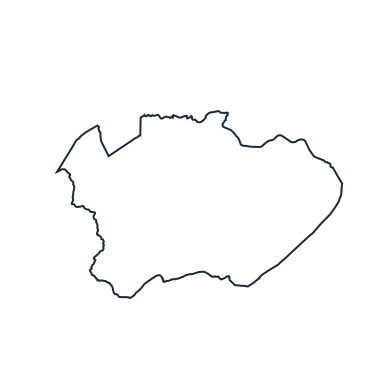 Honey, Puebla, Mexico, rotated 235°
{"feature_id": "50627088B33032017587256", "entity_name": "Honey", "entity_type": "district", "adm_level": 2, "iso_a3": "MEX", "parent_name": "Mexico", "parent_adm1": "Puebla", "projection": "equal_earth", "projection_center": [-98.229, 20.26], "detail": "fine", "context": "isolated", "style": "outline", "palette": "slate", "viewbox_px": 384, "rotation_deg": 235, "n_neighbors": 0, "source": "geoboundaries", "source_scale": "gbopen_adm2", "svg_char_len": 5969}
<svg xmlns="http://www.w3.org/2000/svg" viewBox="0 0 384 384"><g transform="rotate(235 192 192)"><path d="M135.9,321.4L137.8,320.1L138.8,319.9L139.3,319.3L139.6,318.5L141.9,318.3L149.9,313.0L151.2,312.4L152.5,312.3L156.2,312.3L158.3,312.3L160.2,312.5L166.0,313.5L168.8,313.9L170.3,313.6L171.5,312.8L172.3,311.8L173.1,310.2L173.5,308.9L173.6,308.2L173.7,306.0L174.0,304.6L174.8,303.2L175.8,302.0L185.5,298.3L187.0,297.5L188.1,296.6L188.9,294.7L188.9,294.0L188.9,292.4L188.6,291.8L188.4,290.3L188.3,288.7L188.6,287.1L189.4,285.7L189.7,284.8L190.1,282.3L190.0,280.8L189.4,276.2L189.5,274.8L189.9,273.6L190.7,272.2L193.0,269.4L193.6,268.3L197.4,264.0L198.6,262.9L200.2,260.9L201.0,260.1L202.0,259.5L203.3,259.3L207.3,260.5L208.8,260.7L210.3,260.7L212.6,260.4L216.7,260.1L218.7,259.8L220.1,259.5L222.4,258.2L226.6,255.5L227.5,255.1L228.0,255.0L228.7,255.1L229.3,255.5L229.9,255.7L231.7,260.1L231.7,260.4L231.6,261.1L232.0,261.2L232.4,261.5L233.2,262.3L233.8,262.7L234.1,263.1L234.2,263.5L235.1,266.0L236.0,266.6L236.4,266.6L236.9,266.2L238.4,263.6L240.3,261.2L240.5,261.0L241.9,260.6L243.0,260.2L243.4,259.6L243.5,259.2L245.6,254.4L246.3,253.5L247.0,251.5L247.0,251.0L246.8,248.9L246.3,246.9L245.6,246.5L245.0,245.6L244.2,242.2L244.1,241.5L244.2,240.1L244.4,238.8L244.7,238.2L245.2,237.5L247.0,236.3L248.4,236.4L249.3,236.0L249.7,235.7L250.3,234.5L250.9,234.0L251.3,233.9L252.6,234.4L253.1,234.8L254.2,235.1L254.5,235.1L254.7,234.8L254.4,233.8L254.5,232.0L255.0,230.4L255.8,230.5L257.1,231.3L257.5,231.3L257.7,230.7L257.8,230.3L257.9,230.0L258.4,229.5L258.7,228.9L258.8,228.6L258.7,228.0L258.9,227.1L259.4,225.4L260.6,223.9L262.8,222.9L263.5,222.2L264.9,221.5L265.4,221.1L265.7,220.5L265.7,220.1L265.4,219.9L263.9,219.3L263.8,219.1L263.9,218.9L265.0,218.4L265.4,217.8L265.4,217.5L265.1,217.2L265.1,216.9L265.3,216.5L266.5,216.1L266.7,215.9L266.9,215.4L267.7,214.9L268.4,214.3L268.9,213.3L269.0,212.4L269.3,211.6L269.2,209.8L269.6,209.2L270.2,208.7L271.1,208.6L273.3,208.7L274.9,208.3L275.1,207.9L275.2,206.9L276.1,205.0L276.6,204.1L277.7,203.5L277.7,203.0L277.6,202.2L277.7,201.7L278.3,201.4L278.6,201.0L279.0,200.8L279.8,200.9L280.1,200.7L280.3,200.0L280.4,199.3L280.0,198.4L280.3,197.9L280.8,197.3L281.3,196.9L282.0,196.9L282.3,197.1L282.4,192.6L267.9,182.0L268.4,181.1L268.5,180.6L268.4,179.9L268.2,179.4L268.2,178.8L268.3,177.9L268.6,176.9L269.2,144.3L285.6,146.7L286.7,147.1L289.5,148.6L293.5,151.2L293.9,150.9L294.4,150.8L295.2,150.9L296.3,151.6L296.9,151.6L297.4,151.7L297.8,152.0L298.2,152.4L298.3,152.8L298.9,153.1L300.7,152.6L301.1,147.6L301.4,145.1L301.8,139.2L301.7,134.9L301.3,131.9L300.9,130.8L300.7,129.7L300.7,126.6L297.9,120.9L285.9,93.1L285.6,94.7L285.5,97.4L285.1,98.6L284.2,100.0L283.4,100.8L281.9,101.1L281.1,101.4L280.1,101.3L279.3,101.4L278.5,101.6L276.8,102.3L276.2,102.2L275.9,101.9L275.3,100.5L274.9,100.2L272.5,100.1L271.7,99.7L270.9,99.7L269.6,100.1L268.8,100.5L268.0,100.3L266.3,99.0L265.7,98.9L264.7,98.9L263.9,98.7L262.3,97.3L260.2,95.0L256.8,92.1L256.3,91.3L254.3,90.5L253.2,89.6L252.6,88.4L251.9,87.3L251.3,86.7L250.9,86.7L250.4,87.1L249.9,87.8L249.3,88.4L247.1,88.4L246.1,88.8L245.5,89.5L244.0,92.3L243.5,93.6L243.3,94.6L242.7,95.0L241.3,94.6L240.0,94.9L238.6,95.4L237.6,96.4L236.7,97.3L235.7,97.5L234.5,97.3L233.3,98.2L232.4,99.4L231.4,100.4L230.5,100.5L230.0,100.3L229.6,99.2L228.9,97.9L228.3,97.2L227.1,96.6L226.2,96.4L224.3,97.3L223.5,97.2L222.8,96.6L222.2,96.2L221.4,96.2L220.7,95.8L219.7,95.8L218.6,95.3L217.7,94.5L216.8,93.9L216.1,93.6L214.7,93.2L214.2,92.8L213.8,91.9L213.2,91.1L212.7,90.8L212.5,90.4L211.4,89.9L210.9,90.0L210.3,90.6L209.2,91.1L207.5,91.5L206.7,91.4L206.0,91.0L205.3,90.9L204.8,91.3L204.4,91.7L203.7,91.7L202.0,91.3L201.6,90.8L201.3,90.2L200.7,89.6L200.3,89.4L199.7,89.6L199.1,89.4L198.6,89.0L198.4,88.3L198.1,87.9L196.7,87.3L196.1,86.7L195.7,86.0L195.5,85.2L195.6,84.4L196.0,83.7L196.0,83.0L195.0,79.3L194.7,76.3L194.6,75.5L194.6,74.5L194.4,74.0L193.8,73.5L193.1,73.4L191.9,74.0L191.2,73.2L190.5,71.6L189.7,70.9L189.5,70.2L189.3,68.4L188.8,67.8L188.1,66.4L186.9,66.1L186.7,65.6L186.8,64.6L186.6,63.7L186.2,63.2L183.4,63.1L182.3,62.6L181.6,62.6L179.3,63.9L176.4,63.9L175.4,64.2L174.6,64.1L173.8,63.8L173.4,64.2L173.4,64.7L173.0,65.2L172.3,65.4L171.9,65.8L171.7,66.7L171.4,67.3L169.4,69.1L168.4,70.2L167.2,70.6L164.3,72.3L162.8,72.1L161.6,72.5L160.7,72.5L158.4,71.8L155.4,70.5L154.4,70.3L152.7,70.3L152.0,70.8L151.7,71.7L150.9,72.0L149.7,72.1L148.3,71.9L147.8,72.1L147.2,72.8L146.2,74.3L144.9,75.7L144.2,77.2L143.2,78.1L142.7,79.1L141.8,79.8L141.0,80.0L140.6,81.2L140.5,83.2L140.7,85.7L141.6,88.4L141.7,90.9L142.0,93.7L142.9,97.1L143.8,99.7L143.9,100.5L144.1,104.2L144.0,106.3L144.0,110.1L143.9,113.5L143.8,114.6L143.2,116.5L142.8,117.3L142.1,117.9L141.2,118.4L140.1,118.4L139.4,118.2L138.5,118.5L137.8,118.5L137.6,118.0L137.3,117.9L136.5,117.9L135.4,117.1L135.1,117.1L134.9,117.2L134.4,117.7L134.3,118.5L134.1,118.6L133.9,118.8L133.8,120.0L133.3,120.6L133.1,121.1L132.8,121.6L132.0,124.1L132.0,125.2L131.7,126.2L130.3,127.8L130.4,128.2L129.7,129.6L129.1,130.8L127.7,136.0L127.6,138.0L127.2,140.1L126.6,141.2L126.0,142.9L124.2,146.0L123.8,148.1L123.3,149.1L122.3,152.3L121.9,152.8L121.0,154.3L119.8,156.0L118.7,156.8L115.9,158.2L110.6,160.1L110.2,161.1L110.0,161.9L109.5,162.8L108.9,162.9L108.4,163.4L108.2,163.9L108.2,164.4L108.0,164.8L106.9,165.2L106.1,165.0L105.3,165.2L104.0,165.6L103.4,166.2L103.5,166.8L103.0,168.0L102.7,170.2L102.9,171.2L102.9,172.3L102.3,172.8L102.0,173.9L101.1,174.0L100.5,173.5L99.7,172.9L98.4,172.4L97.4,172.5L91.0,173.8L88.5,176.8L86.4,179.2L85.9,180.2L83.3,182.8L82.6,183.6L82.5,187.1L82.2,189.7L82.4,191.0L82.6,193.7L82.7,197.8L83.4,198.1L83.8,200.8L84.0,203.4L83.8,208.9L83.1,220.7L83.9,226.3L84.3,230.9L86.0,242.6L88.5,260.9L89.2,268.1L91.9,278.7L94.5,292.4L97.1,299.8L99.7,306.2L102.3,309.7L103.0,311.2L104.0,312.5L107.4,315.3L110.2,317.4L112.6,319.8L122.3,320.5L131.2,321.4L131.5,320.9L132.9,320.1L135.2,320.9L135.9,321.4Z" fill="none" stroke="#1e293b" stroke-width="2"/></g></svg>